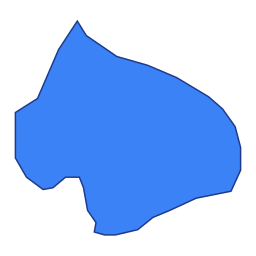 an SVG outline of Kičevo, rotated 180°
{"feature_id": "MKD-2954", "entity_name": "Kičevo", "entity_type": "Statistical Region", "adm_level": 1, "iso_a3": "MKD", "parent_name": "North Macedonia", "parent_adm1": "", "projection": "natural_earth1", "projection_center": [20.955, 41.51], "detail": "fine", "context": "isolated", "style": "filled", "palette": "blue", "viewbox_px": 256, "rotation_deg": 180, "n_neighbors": 0, "source": "natural_earth", "source_scale": "10m", "svg_char_len": 537}
<svg xmlns="http://www.w3.org/2000/svg" viewBox="0 0 256 256"><g transform="rotate(180 128 128)"><path d="M161.7,24.0L160.0,33.4L168.4,45.6L172.5,68.3L176.6,78.8L190.5,78.8L203.0,68.3L212.9,66.5L229.5,78.8L240.6,98.0L240.6,119.0L240.6,143.5L218.5,157.5L197.4,206.4L178.7,234.9L169.7,220.4L139.2,199.5L108.4,190.7L79.4,178.4L47.4,159.2L33.4,147.0L20.9,129.4L15.4,108.5L15.4,98.9L15.4,85.8L25.0,64.8L59.9,57.8L86.3,45.6L103.1,38.6L118.3,26.3L140.5,21.1L151.6,21.1L161.7,24.0Z" fill="#3b82f6" stroke="#1e3a8a" stroke-width="1.5"/></g></svg>